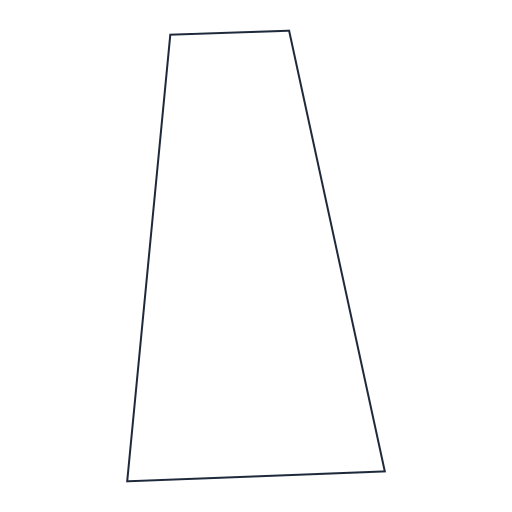 Vlahita, Harghita, Romania (Natural Earth projection)
{"feature_id": "2599482B68924224489535", "entity_name": "Vlahita", "entity_type": "district", "adm_level": 2, "iso_a3": "ROU", "parent_name": "Romania", "parent_adm1": "Harghita", "projection": "natural_earth1", "projection_center": [25.464, 46.352], "detail": "fine", "context": "isolated", "style": "outline", "palette": "slate", "viewbox_px": 512, "rotation_deg": 0, "n_neighbors": 0, "source": "geoboundaries", "source_scale": "gbopen_adm2", "svg_char_len": 185}
<svg xmlns="http://www.w3.org/2000/svg" viewBox="0 0 512 512"><path d="M384.8,471.4L289.1,30.7L170.3,34.7L127.2,481.3L384.8,471.4Z" fill="none" stroke="#1e293b" stroke-width="2"/></svg>